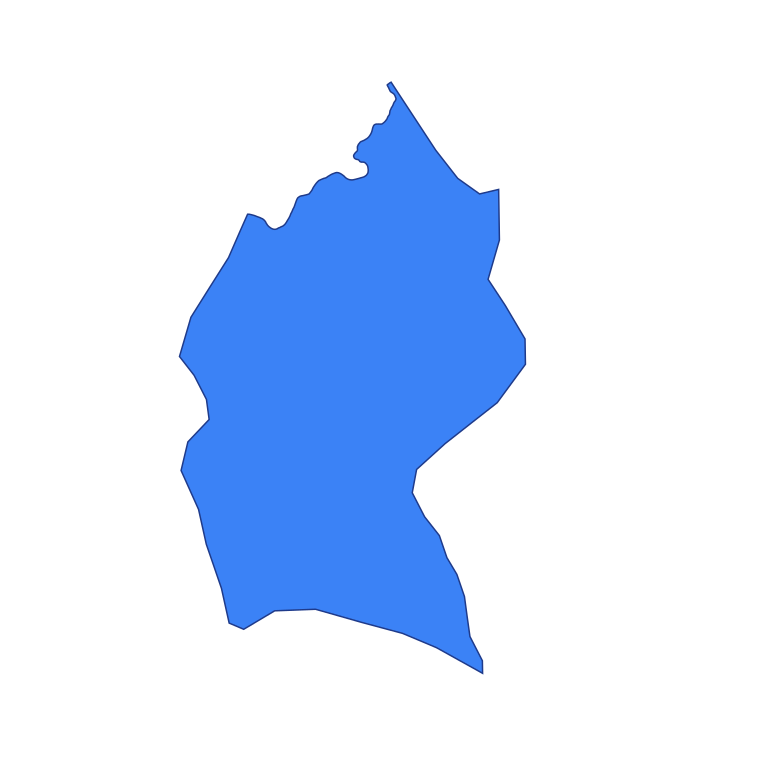 the district of Hyesan City, Ryanggang, North Korea, rotated 23°
{"feature_id": "82179303B10222488142424", "entity_name": "Hyesan City", "entity_type": "district", "adm_level": 2, "iso_a3": "PRK", "parent_name": "North Korea", "parent_adm1": "Ryanggang", "projection": "orthographic", "projection_center": [128.237, 41.362], "detail": "fine", "context": "isolated", "style": "filled", "palette": "blue", "viewbox_px": 768, "rotation_deg": 23, "n_neighbors": 0, "source": "geoboundaries", "source_scale": "gbopen_adm2", "svg_char_len": 3182}
<svg xmlns="http://www.w3.org/2000/svg" viewBox="0 0 768 768"><g transform="rotate(23 384 384)"><path d="M413.5,160.1L397.7,171.7L371.5,165.9L340.3,148.6L272.6,103.4L272.4,103.7L271.5,104.8L271.1,105.7L270.4,106.7L270.1,107.5L270.7,108.1L271.7,108.9L272.6,109.6L273.4,110.4L274.1,111.0L274.9,111.7L275.7,112.3L277.0,112.6L278.3,112.8L279.8,113.2L280.9,113.9L281.8,114.7L282.7,115.7L283.5,116.5L283.8,117.7L283.7,119.1L283.3,120.5L283.2,121.9L283.3,123.3L283.2,125.2L282.9,126.7L282.9,128.3L282.8,130.2L283.1,131.3L283.4,132.6L283.7,133.9L283.3,135.5L283.1,136.8L283.2,138.7L282.8,140.4L282.5,141.6L282.0,142.9L281.3,144.2L280.7,145.2L280.0,145.8L278.8,146.3L277.7,146.7L276.2,147.4L275.1,147.9L274.3,148.6L273.7,149.5L273.5,150.5L273.5,151.7L273.6,153.1L273.9,154.6L274.1,156.1L274.2,157.6L274.1,159.2L273.8,161.0L273.4,162.6L272.8,164.0L272.2,165.1L271.3,166.2L270.7,167.2L269.7,168.2L268.8,169.2L268.1,169.8L267.5,170.9L267.2,172.2L266.8,173.4L266.8,174.7L266.8,176.0L267.4,177.4L268.2,178.9L268.2,180.3L267.4,181.9L267.0,183.3L266.8,184.4L266.7,185.3L267.1,186.3L267.6,186.9L268.4,187.6L269.7,188.0L271.3,187.9L272.4,187.6L273.5,187.8L274.1,188.1L274.7,188.6L275.6,188.7L276.7,188.5L278.0,187.9L279.5,187.6L280.9,188.0L282.5,188.8L283.7,189.7L284.5,190.8L285.1,191.8L285.8,193.0L286.2,194.1L286.7,195.8L286.5,197.6L286.1,199.0L285.4,200.1L284.5,201.3L283.2,202.4L281.9,203.4L280.6,204.5L279.3,205.5L277.9,206.6L276.2,207.8L275.1,208.5L273.9,209.0L272.8,209.3L271.6,209.5L270.4,209.5L269.3,209.4L268.1,209.1L267.0,208.7L265.9,208.2L264.7,207.9L263.4,207.6L262.4,207.4L261.2,207.3L259.9,207.3L258.8,207.5L257.7,207.9L256.7,208.6L255.9,209.4L254.9,210.3L254.1,211.1L253.2,212.2L252.2,213.6L251.3,214.8L250.4,216.3L249.7,217.2L248.4,218.1L247.4,219.1L246.5,220.0L245.5,221.1L244.6,222.1L243.9,223.6L243.3,225.3L243.0,226.4L242.7,227.6L242.4,229.2L242.1,230.8L242.0,232.6L241.9,234.0L241.5,235.6L241.1,237.2L240.7,238.4L239.7,239.3L238.3,240.4L237.2,241.2L236.0,242.1L234.9,242.8L233.9,243.5L233.1,244.3L232.4,245.4L231.9,246.3L231.7,247.7L231.7,249.4L231.8,251.5L231.9,252.9L232.0,254.5L232.1,256.5L231.9,258.4L231.9,260.3L231.9,261.8L231.7,263.6L231.8,265.9L231.7,267.7L231.5,269.3L231.2,271.2L231.0,272.9L230.7,274.5L230.3,276.0L229.7,277.2L229.0,278.4L227.9,279.4L227.1,280.5L226.1,281.4L225.6,282.0L225.0,282.9L224.2,283.6L223.3,284.2L221.8,284.7L220.4,284.8L219.0,284.7L217.2,284.3L216.0,283.9L214.7,283.3L213.7,282.6L212.6,281.9L211.9,281.2L210.8,280.5L209.8,280.0L208.8,279.7L207.7,279.4L206.5,279.4L204.8,279.3L203.1,279.4L201.4,279.5L200.0,279.5L198.5,279.6L197.1,279.8L195.6,280.0L193.6,280.4L192.3,280.9L192.1,281.0L191.8,299.5L191.5,328.4L185.8,363.2L180.2,398.0L185.0,438.6L205.8,450.2L226.6,467.6L236.9,485.0L226.1,513.9L231.0,542.9L262.3,571.9L283.0,600.9L298.6,618.2L314.2,635.6L334.9,664.6L350.7,664.6L372.0,635.5L409.0,618.1L456.4,612.2L498.5,606.3L535.3,606.2L587.8,611.8L582.7,600.3L561.8,582.9L551.4,565.6L541.1,548.2L525.5,530.8L509.8,519.3L494.2,501.9L473.3,490.4L452.5,473.1L447.4,449.9L463.5,415.1L479.5,386.0L495.5,357.0L506.5,310.6L496.2,287.4L464.9,264.3L438.9,247.0L434.0,206.4L413.5,160.1Z" fill="#3b82f6" stroke="#1e3a8a" stroke-width="1.5"/></g></svg>